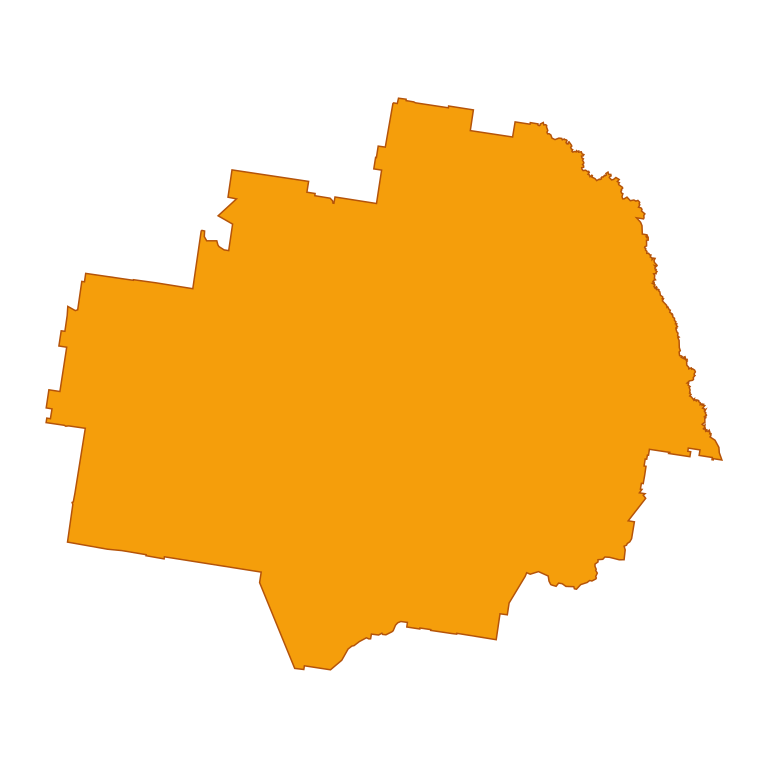 Temora, New South Wales, Australia
{"feature_id": "25037944B57482962875901", "entity_name": "Temora", "entity_type": "district", "adm_level": 2, "iso_a3": "AUS", "parent_name": "Australia", "parent_adm1": "New South Wales", "projection": "mercator", "projection_center": [147.72, -34.383], "detail": "fine", "context": "isolated", "style": "filled", "palette": "amber", "viewbox_px": 768, "rotation_deg": 0, "n_neighbors": 0, "source": "geoboundaries", "source_scale": "gbopen_adm2", "svg_char_len": 6102}
<svg xmlns="http://www.w3.org/2000/svg" viewBox="0 0 768 768"><path d="M67.2,315.4L64.9,331.3L61.2,330.8L58.9,346.0L66.7,347.2L59.9,391.5L48.9,389.8L46.2,407.9L52.0,408.9L50.4,418.7L46.8,418.1L46.1,422.6L64.3,425.3L65.7,426.2L68.7,425.9L85.3,428.3L75.0,492.8L73.3,501.9L72.1,502.4L72.8,504.6L67.5,542.1L107.4,549.2L121.9,550.6L146.2,554.7L146.0,555.7L164.1,558.9L164.4,556.8L261.2,572.1L259.6,582.6L294.7,668.4L303.8,669.5L304.4,665.8L330.5,669.8L341.8,660.2L348.1,649.0L351.8,646.1L354.1,645.6L359.3,641.6L366.4,637.8L368.9,638.9L370.6,638.8L371.4,634.1L378.6,635.0L381.9,633.2L382.6,634.4L385.9,634.8L391.9,631.8L393.2,630.7L395.5,625.2L397.7,622.8L400.8,621.5L407.4,622.4L406.8,627.0L419.8,629.0L419.9,628.0L430.8,629.6L430.7,630.4L452.3,633.6L456.7,634.1L456.8,633.3L496.2,639.7L500.0,613.8L507.3,614.8L509.1,603.0L525.1,576.5L526.7,572.7L530.2,574.2L538.5,571.6L548.2,576.0L549.0,581.1L550.7,584.5L552.0,585.1L556.1,586.3L558.6,583.1L562.2,583.7L565.9,586.4L573.8,586.7L574.4,588.8L576.5,589.2L580.7,584.6L587.1,582.5L589.7,580.5L591.9,581.0L595.9,578.9L596.3,578.0L595.7,576.5L597.3,573.1L595.7,570.4L596.2,569.2L595.0,566.4L595.0,564.1L598.0,561.9L598.0,559.7L602.8,559.3L604.9,557.0L609.5,557.3L619.3,559.8L624.1,559.7L625.2,549.9L624.1,546.2L626.5,545.2L627.3,543.5L629.8,541.8L631.6,538.7L634.4,521.8L628.2,520.8L645.7,498.3L643.2,495.2L645.0,493.7L639.4,492.8L642.0,489.4L640.4,489.2L641.4,483.3L643.2,483.6L644.6,475.8L646.0,466.3L644.1,466.0L645.2,459.0L646.7,459.2L647.4,455.1L648.5,455.2L649.4,449.3L669.7,452.4L668.8,453.5L689.9,456.7L690.7,451.7L687.8,451.3L688.3,448.1L700.0,449.9L699.1,455.4L712.3,457.5L712.0,459.7L713.2,459.9L713.4,458.7L721.9,460.0L719.3,452.7L718.9,447.4L715.0,440.2L710.0,436.9L710.8,435.8L711.0,433.7L709.7,433.8L710.0,432.5L709.2,430.2L708.1,431.6L707.2,430.8L705.8,431.4L705.5,430.7L706.5,429.8L705.5,429.6L705.3,428.4L704.0,429.2L703.4,428.8L704.7,427.4L705.0,425.0L703.6,425.6L702.1,424.3L703.8,422.9L704.9,422.9L704.8,418.4L705.7,417.8L704.4,416.9L705.5,416.1L705.2,415.3L706.0,416.0L706.5,415.2L705.4,413.4L705.7,412.6L704.5,411.6L705.7,409.4L704.5,410.1L704.4,408.9L702.6,408.2L704.7,405.6L703.2,405.3L703.6,404.3L702.7,404.2L702.0,405.0L701.7,403.9L700.2,404.7L700.3,402.8L698.6,401.5L698.7,400.6L696.8,399.9L696.2,400.9L695.5,399.9L694.1,400.3L694.4,398.7L693.3,399.4L691.4,396.9L689.7,396.0L691.0,394.5L689.5,393.1L690.1,392.4L689.7,391.6L690.1,390.0L689.2,387.5L690.1,386.6L688.1,385.1L688.7,383.1L687.2,383.0L689.4,380.9L692.6,380.3L693.5,379.4L693.3,377.5L695.0,375.5L694.2,375.0L694.3,373.5L695.4,371.9L694.6,370.1L692.6,368.8L691.7,369.2L691.3,367.9L688.8,368.8L688.8,367.4L686.8,365.2L686.6,361.7L687.3,361.0L686.4,360.3L687.6,359.1L685.8,359.7L685.0,356.7L683.8,357.2L684.0,358.7L681.4,357.4L682.2,356.6L681.6,356.0L679.6,355.6L679.1,352.0L680.3,350.7L679.3,347.6L679.1,340.5L677.9,337.7L679.1,337.1L677.6,335.9L678.0,333.1L676.9,332.0L675.9,328.8L676.7,328.3L676.2,327.5L677.5,326.7L676.3,325.1L676.8,323.9L675.4,323.7L675.9,321.7L674.5,320.5L674.5,318.3L672.8,316.9L672.7,314.9L671.7,314.5L672.1,313.8L669.7,312.3L670.3,310.2L669.3,309.8L667.8,306.9L667.0,307.4L666.6,305.3L662.4,300.9L663.4,298.8L661.6,298.9L662.7,298.4L662.7,296.9L660.4,295.2L659.8,291.8L658.5,290.7L659.0,289.9L657.8,289.1L656.6,289.6L656.0,288.7L656.9,287.4L656.3,286.7L654.8,287.9L654.0,286.3L655.0,285.0L652.7,283.5L654.2,283.4L654.1,282.2L652.9,281.8L653.7,280.3L655.5,279.8L654.4,278.3L654.7,275.5L653.7,273.8L656.1,273.7L656.0,272.6L657.0,271.6L655.5,270.1L656.1,269.4L655.0,268.8L654.9,267.9L655.7,266.9L654.6,265.6L656.7,266.1L657.1,265.4L654.5,262.5L654.0,260.6L655.1,258.4L653.4,258.1L652.1,259.6L652.0,257.8L650.3,257.0L650.9,255.0L649.8,254.9L648.6,253.3L646.8,253.3L646.9,251.3L645.5,250.1L645.8,248.7L644.6,247.6L644.9,246.7L646.6,245.9L646.5,240.3L648.2,240.1L648.2,237.4L647.6,236.3L646.8,237.6L646.1,236.7L646.8,234.8L642.3,234.0L642.0,225.7L640.6,222.3L636.5,217.8L643.5,218.9L644.0,217.9L643.8,215.4L644.9,213.9L641.5,211.0L642.0,209.3L641.0,207.9L638.5,207.2L639.8,204.8L639.1,203.9L639.7,202.3L637.9,200.4L635.9,201.1L633.9,200.0L630.3,200.7L627.0,197.1L624.0,198.9L622.7,198.8L622.0,196.6L622.9,193.7L621.6,193.1L620.9,191.3L621.6,190.3L621.3,189.4L622.6,188.4L622.5,187.4L618.7,184.6L618.5,183.8L619.4,182.7L617.3,181.6L619.2,179.5L615.9,177.5L613.4,179.5L611.6,179.9L609.3,177.6L609.7,176.5L611.1,175.9L610.8,174.4L608.7,174.4L608.0,172.1L605.9,173.5L606.3,175.1L605.0,175.8L604.4,175.4L603.2,177.0L602.0,176.9L601.1,177.9L601.4,178.9L599.9,179.6L599.3,179.1L596.7,180.6L595.0,178.6L591.9,177.1L592.4,175.7L591.8,175.2L590.0,176.7L589.1,174.6L588.0,174.3L589.3,172.4L588.7,171.4L588.1,171.9L585.6,170.2L583.1,170.6L581.9,169.1L581.7,167.7L583.6,167.3L583.7,166.0L582.5,164.4L583.6,163.7L583.8,162.5L582.5,160.2L583.4,158.8L582.0,158.0L581.5,156.1L583.1,155.9L583.9,154.6L582.1,153.9L581.3,151.8L578.6,152.2L578.7,151.0L577.1,151.4L576.5,150.8L576.2,151.9L574.6,151.5L572.8,152.1L571.9,151.1L572.7,149.7L571.4,149.0L570.6,147.2L571.7,146.4L571.6,145.4L569.0,141.8L568.3,142.3L568.1,143.9L567.0,143.9L566.0,142.6L567.0,140.4L566.0,139.7L564.9,139.7L564.3,139.0L562.3,139.8L561.7,138.4L558.9,138.1L555.0,139.6L552.0,138.1L550.8,134.9L549.0,133.7L547.6,133.8L546.9,132.2L547.8,130.5L546.5,127.0L546.7,125.5L545.7,124.7L543.8,124.9L543.3,122.5L540.3,124.0L540.1,125.2L539.2,125.7L537.9,125.0L538.0,123.9L530.3,122.6L530.0,124.2L515.1,121.9L512.6,137.0L470.3,130.6L473.4,109.9L448.6,106.0L448.4,107.8L415.4,102.8L413.8,101.9L406.1,100.6L406.1,99.2L398.5,98.2L397.3,103.5L393.6,102.9L392.9,103.6L385.3,147.1L378.2,146.1L376.4,157.6L375.6,157.4L373.8,168.9L381.6,170.1L376.5,203.5L335.0,197.0L333.9,203.3L333.0,203.2L332.5,200.7L330.1,198.2L314.8,195.7L315.1,193.5L306.9,192.2L308.6,181.4L232.0,169.9L228.0,197.2L236.5,198.9L218.1,215.8L232.6,224.1L228.7,250.6L224.1,249.9L219.0,246.6L217.9,244.9L216.8,240.8L206.7,240.8L204.3,236.6L204.6,231.0L201.9,230.4L201.2,231.0L192.8,288.7L155.9,282.8L133.4,279.7L133.3,280.3L85.7,273.4L84.5,281.8L81.8,281.4L77.7,309.8L75.3,310.6L67.8,306.4L67.2,315.4Z" fill="#f59e0b" stroke="#b45309" stroke-width="1.5"/></svg>